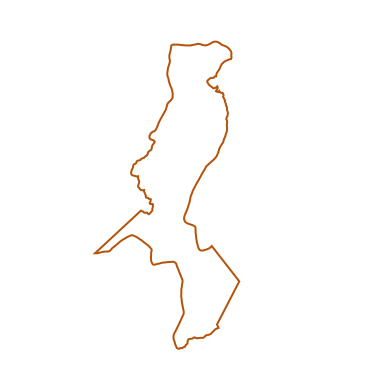 the district of São Sebastião da Boa Vista, Pará, Brazil, rotated 209°
{"feature_id": "56859067B42238092487296", "entity_name": "São Sebastião da Boa Vista", "entity_type": "district", "adm_level": 2, "iso_a3": "BRA", "parent_name": "Brazil", "parent_adm1": "Pará", "projection": "equal_earth", "projection_center": [-49.65, -1.432], "detail": "fine", "context": "isolated", "style": "outline", "palette": "amber", "viewbox_px": 384, "rotation_deg": 209, "n_neighbors": 0, "source": "geoboundaries", "source_scale": "gbopen_adm2", "svg_char_len": 5469}
<svg xmlns="http://www.w3.org/2000/svg" viewBox="0 0 384 384"><g transform="rotate(209 192 192)"><path d="M123.1,53.3L123.3,54.5L123.0,55.8L122.5,57.1L123.1,58.7L123.7,59.9L123.7,61.4L122.5,62.6L121.0,63.6L120.3,64.5L119.8,65.7L118.9,66.2L117.8,66.1L116.0,66.9L114.2,68.3L113.3,68.9L111.5,69.9L110.8,71.3L110.6,72.7L109.8,73.8L108.4,75.0L107.2,76.3L106.5,77.6L106.3,79.1L105.8,80.5L105.1,83.1L104.1,84.6L102.9,86.0L104.3,87.1L105.0,87.7L105.9,88.1L107.3,136.7L109.9,137.9L148.5,154.3L149.4,151.5L151.1,149.1L154.1,146.1L155.2,145.5L156.1,145.1L157.4,145.1L159.3,146.2L160.1,147.0L161.1,148.0L161.9,148.9L162.9,149.9L163.8,150.9L164.5,152.0L165.5,153.0L166.3,154.4L167.1,155.5L169.5,158.7L170.2,160.1L170.8,161.0L171.4,162.1L172.1,163.0L173.4,163.4L175.8,163.2L178.6,162.7L181.3,162.3L182.3,162.4L184.0,162.8L185.9,164.6L186.8,166.7L187.2,169.0L187.5,172.1L187.9,175.3L188.3,177.2L188.8,179.6L189.0,180.9L189.8,183.9L190.2,185.0L190.9,187.1L191.3,189.6L191.4,191.0L191.7,192.3L191.9,194.0L192.0,195.8L192.0,198.8L192.1,200.2L192.1,203.4L192.0,205.6L192.0,210.4L192.1,212.1L192.0,214.0L192.0,216.0L191.9,218.3L191.9,221.6L191.4,223.0L190.9,224.7L190.4,225.8L190.1,227.1L189.5,228.6L188.7,230.7L188.3,232.3L187.8,235.1L187.9,236.5L188.2,239.2L188.5,240.3L189.2,243.9L189.2,245.5L189.1,248.1L188.9,249.8L189.1,251.8L189.6,253.3L189.8,255.5L189.8,256.7L190.4,258.5L190.9,261.9L191.7,263.6L192.1,264.7L193.7,266.9L194.3,268.0L194.9,269.8L195.5,270.7L196.3,271.7L197.3,272.2L197.8,273.8L197.8,275.5L198.7,278.0L199.4,279.1L201.4,281.1L202.2,282.5L202.9,283.4L204.0,284.0L204.8,284.9L205.6,286.0L207.1,287.0L207.7,288.3L208.8,288.8L209.8,289.7L210.9,290.2L211.5,292.3L213.3,293.5L214.7,292.8L216.2,292.8L217.2,293.6L217.6,292.1L218.7,291.9L219.9,291.8L220.0,293.0L219.7,294.4L220.1,295.7L221.0,296.7L221.9,294.7L223.1,293.2L224.3,293.2L225.2,293.4L226.5,293.5L229.5,294.2L231.5,295.3L232.4,296.2L232.3,297.4L231.9,298.6L231.2,300.4L230.0,301.4L229.1,301.8L228.4,302.7L228.1,304.1L227.0,304.8L227.8,307.0L227.9,308.4L227.6,313.0L228.0,317.3L227.9,318.5L227.0,321.4L225.6,323.7L224.6,324.9L223.9,325.9L223.0,326.6L222.3,327.3L222.6,328.8L223.5,329.8L225.0,332.9L226.2,333.9L227.2,334.5L229.0,335.2L229.9,335.5L231.9,335.8L233.0,335.8L235.4,335.5L236.3,335.2L238.2,335.3L239.8,335.6L241.8,335.6L243.2,335.4L244.5,334.8L245.5,334.2L246.2,333.4L248.6,329.6L249.6,328.2L251.1,326.9L252.3,326.3L253.8,325.8L255.1,325.5L256.5,325.4L257.5,325.0L259.2,324.2L259.8,323.3L261.8,321.7L263.5,320.3L264.3,319.4L265.3,318.9L266.2,318.5L267.1,318.0L269.2,316.8L271.4,315.9L272.4,315.4L273.3,315.1L275.0,314.4L276.9,313.5L277.9,312.9L280.0,311.8L281.1,310.2L280.1,307.5L279.7,306.1L279.2,305.0L278.6,302.5L278.3,301.1L277.7,299.9L276.4,297.7L275.2,296.5L274.4,295.0L273.4,290.6L273.2,289.2L272.8,288.0L271.9,285.7L271.5,284.5L270.9,283.4L270.4,282.5L269.4,281.4L268.6,280.6L267.7,279.9L266.9,278.9L266.3,278.1L265.0,276.8L264.1,275.9L261.7,273.8L260.7,273.3L259.9,272.4L258.2,270.8L257.6,269.8L256.4,268.5L255.9,267.3L254.9,265.6L254.7,264.0L254.8,262.6L255.2,260.9L255.7,259.9L256.0,258.5L256.2,257.2L255.9,255.9L255.6,254.5L254.9,252.2L254.8,250.6L254.8,249.3L254.8,244.4L254.8,240.3L254.8,238.4L254.7,236.6L254.0,232.0L253.9,230.4L253.9,228.3L254.4,226.9L255.2,226.1L255.8,225.2L256.2,224.1L256.5,222.7L256.3,220.2L255.1,218.4L254.0,218.0L250.1,218.5L249.0,218.0L248.9,216.7L249.1,214.9L249.3,213.7L249.0,212.1L248.4,210.7L248.1,209.3L248.9,207.8L249.7,205.5L249.2,203.6L249.2,201.8L249.9,200.9L250.3,199.8L250.6,198.7L251.3,197.9L252.3,196.6L252.7,195.0L253.4,194.1L254.5,193.3L255.2,192.0L254.9,190.5L255.2,189.4L256.4,187.6L256.1,186.2L255.6,185.2L255.4,183.8L255.4,182.5L254.8,179.6L254.0,178.6L253.1,177.8L252.1,177.7L250.9,178.0L249.9,178.4L247.6,178.8L246.9,179.6L245.9,178.1L245.2,177.4L244.4,176.5L243.4,175.8L242.9,174.8L242.6,173.4L242.3,172.1L241.7,170.5L239.4,169.6L238.2,169.0L237.1,169.0L236.0,169.7L234.8,170.5L234.1,169.0L232.5,168.1L231.7,167.2L230.7,166.7L230.3,165.6L229.5,164.9L227.4,165.5L226.5,165.1L225.5,165.4L224.5,165.7L224.0,164.5L223.7,163.2L223.9,162.1L222.9,161.3L222.0,161.4L221.2,162.3L220.3,162.3L219.6,161.2L219.1,160.2L218.5,157.9L217.7,156.8L217.9,155.3L218.5,152.6L219.1,151.6L220.2,151.7L221.3,152.2L222.2,151.7L223.0,151.0L223.9,150.8L225.5,151.2L226.6,150.9L227.7,150.9L228.4,148.6L247.1,91.4L245.1,92.5L244.4,93.2L240.4,96.9L236.1,99.6L235.2,100.9L234.9,102.5L234.4,104.6L233.8,106.0L233.0,107.7L232.6,109.0L232.1,110.2L231.7,111.3L231.1,113.1L230.7,114.2L229.8,116.0L228.8,117.6L227.8,119.5L226.5,121.6L224.7,124.0L223.5,125.1L222.5,125.5L219.8,125.7L218.0,125.7L215.9,125.6L214.9,125.3L213.2,125.4L212.2,125.2L210.1,124.8L207.9,124.5L205.0,124.1L203.2,123.6L202.0,123.3L201.1,122.9L199.5,122.2L198.8,120.9L198.4,119.3L197.8,118.2L197.3,117.2L196.5,115.6L195.9,114.5L195.3,113.2L193.8,111.4L191.6,109.9L190.5,109.7L189.7,110.1L186.9,112.8L185.8,113.6L185.1,114.4L184.4,115.1L183.3,116.1L181.4,117.3L180.4,118.2L179.5,118.7L176.1,121.0L174.6,121.9L173.0,122.1L172.0,122.0L170.9,121.5L169.2,119.8L166.5,117.6L165.6,117.0L164.8,116.2L161.2,113.3L157.7,110.4L156.7,108.9L155.9,106.4L154.8,103.8L154.5,102.6L154.0,101.4L153.1,99.8L151.7,97.3L151.2,96.0L149.7,94.0L148.6,92.5L147.9,91.3L146.8,89.9L146.0,89.1L145.1,87.8L144.4,87.1L141.1,83.2L140.4,81.7L140.1,80.6L140.0,78.3L139.4,71.2L139.0,63.3L138.9,58.4L137.4,55.2L132.8,50.7L129.7,48.2L127.4,48.5L126.2,50.0L124.8,50.8L124.2,52.2L123.1,53.3Z" fill="none" stroke="#b45309" stroke-width="2"/></g></svg>